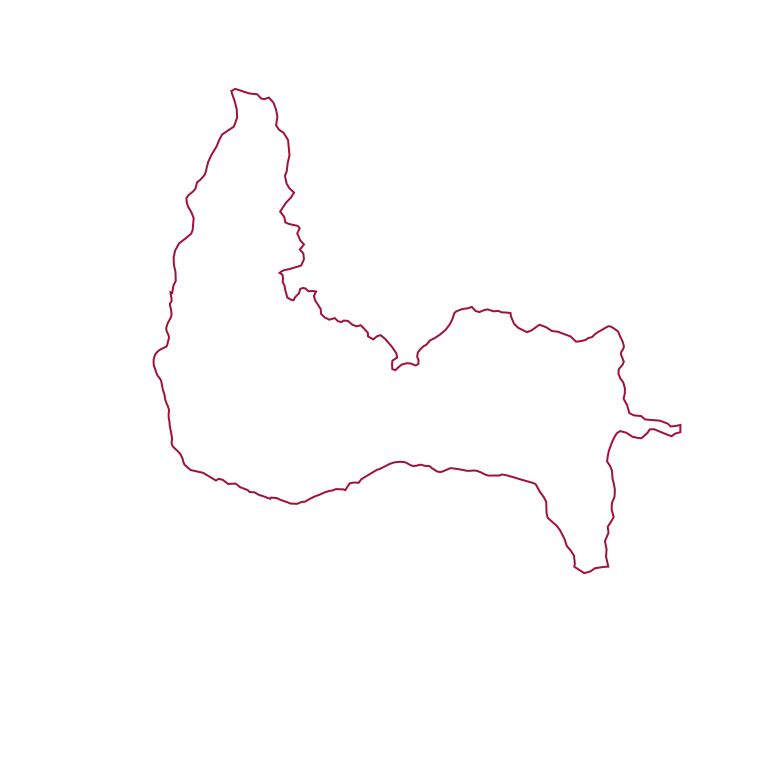 Laukkaing, Shan, Myanmar (Robinson projection), rotated 303°
{"feature_id": "60261553B25476839208576", "entity_name": "Laukkaing", "entity_type": "district", "adm_level": 2, "iso_a3": "MMR", "parent_name": "Myanmar", "parent_adm1": "Shan", "projection": "robinson", "projection_center": [98.649, 23.808], "detail": "fine", "context": "isolated", "style": "outline", "palette": "rose", "viewbox_px": 768, "rotation_deg": 303, "n_neighbors": 0, "source": "geoboundaries", "source_scale": "gbopen_adm2", "svg_char_len": 5851}
<svg xmlns="http://www.w3.org/2000/svg" viewBox="0 0 768 768"><g transform="rotate(303 384 384)"><path d="M340.1,477.7L341.4,479.9L346.5,483.5L349.2,485.3L349.7,485.8L350.0,486.2L353.1,492.6L354.4,495.9L356.3,500.7L357.8,503.1L360.5,506.6L361.9,509.6L362.5,512.7L362.7,513.3L363.0,517.1L363.6,520.1L364.4,522.0L367.2,526.2L369.3,529.4L370.0,530.5L370.6,531.0L371.7,531.7L372.5,532.5L373.6,535.2L374.3,536.9L376.3,543.4L378.4,550.6L380.8,558.4L381.7,561.4L382.2,563.3L382.5,564.7L382.5,566.0L378.6,573.2L376.4,579.0L373.6,584.2L368.9,587.4L364.7,590.3L361.1,593.9L360.2,598.7L359.1,606.5L356.9,611.9L352.2,620.0L347.7,625.5L346.0,631.3L343.5,636.8L337.7,641.6L334.4,643.2L334.4,650.3L334.4,654.9L339.1,659.1L344.4,661.3L350.2,667.8L353.0,671.6L360.2,664.2L366.6,660.7L372.5,654.9L381.6,653.3L386.1,649.4L392.5,649.4L397.5,649.1L402.8,643.2L408.3,640.0L415.0,638.7L421.1,635.2L425.9,630.7L429.2,627.1L435.3,622.6L438.1,618.7L440.6,613.2L445.3,611.0L450.3,609.0L454.7,608.0L460.1,606.8L465.9,606.1L469.5,606.1L473.1,607.7L475.1,613.6L475.1,621.3L477.3,626.8L478.7,629.4L486.5,631.6L490.7,631.6L493.2,635.2L494.0,639.7L495.1,645.5L495.7,648.8L496.8,653.6L501.0,655.2L505.0,658.8L511.1,654.9L507.8,651.6L504.5,647.6L505.3,643.6L503.5,635.3L499.4,627.8L496.4,622.1L497.2,617.2L493.8,610.7L493.2,605.6L498.8,599.2L502.2,592.9L506.8,591.3L511.6,588.4L515.6,583.8L517.3,579.3L520.4,575.0L523.5,573.2L525.1,572.9L530.1,573.6L533.4,572.9L534.9,570.7L538.0,566.4L540.3,565.5L543.5,565.6L546.2,564.8L549.5,561.1L553.3,554.9L555.5,551.8L555.8,546.7L555.7,542.9L554.7,540.8L551.6,539.0L547.5,537.0L545.4,535.8L540.9,533.8L536.8,533.0L533.5,530.1L531.0,529.2L527.9,526.5L524.1,522.1L525.5,514.6L523.9,507.6L522.6,501.5L519.9,496.0L519.9,489.0L518.4,482.2L515.8,481.0L509.6,478.7L505.4,475.8L504.2,465.8L505.4,460.2L509.8,453.7L512.4,451.5L510.8,448.1L508.1,443.5L507.6,440.1L504.7,436.4L502.9,430.1L499.8,427.2L496.3,424.9L495.1,421.1L496.5,415.6L493.8,413.7L489.1,408.5L484.2,405.0L481.5,404.4L476.5,405.9L470.1,406.7L463.0,406.2L456.0,404.1L450.5,401.7L445.4,398.8L440.1,398.2L437.0,396.5L433.4,395.6L429.0,395.2L425.1,396.8L422.9,399.9L419.6,401.9L416.8,400.5L415.7,395.2L414.2,392.2L410.0,388.3L405.6,386.9L401.7,386.0L401.1,382.8L405.4,379.7L408.2,378.4L413.3,380.6L416.4,377.7L419.6,370.2L422.5,360.3L423.1,354.5L420.5,352.3L415.6,350.7L415.2,344.7L418.2,342.5L419.8,336.3L420.6,332.5L417.4,329.6L416.5,325.1L417.3,319.5L415.3,315.7L412.8,314.5L411.6,311.5L412.4,306.8L408.2,303.1L407.5,298.0L408.6,292.9L412.3,290.2L414.5,285.5L416.5,280.9L419.6,277.3L423.0,276.9L424.6,276.7L423.4,273.9L420.7,270.2L421.3,265.9L420.3,263.6L418.0,262.0L413.7,263.3L408.4,262.2L404.9,262.5L404.0,259.8L403.9,255.7L404.5,255.1L407.4,251.8L409.0,250.0L412.5,246.8L414.3,243.5L417.7,241.7L420.4,239.3L420.3,235.9L422.1,236.5L424.7,237.9L428.9,242.1L434.0,246.5L438.3,250.0L445.1,248.9L449.6,245.2L451.0,240.2L457.4,240.9L458.7,235.8L463.1,229.2L468.8,228.4L469.6,225.6L466.4,217.0L465.8,213.2L469.8,209.4L472.0,203.0L482.9,203.1L489.8,204.4L495.5,204.3L496.7,198.0L498.9,193.3L504.6,187.6L509.3,186.6L516.8,182.9L524.3,180.2L536.3,170.7L539.8,163.5L540.0,162.9L540.0,157.6L542.2,152.6L550.3,148.9L555.4,143.9L559.8,138.0L561.5,131.4L557.8,128.5L556.5,125.6L557.9,119.8L554.3,112.8L550.5,98.5L546.5,96.4L543.9,99.5L540.1,104.5L534.2,110.8L527.6,115.7L522.5,116.9L518.1,117.9L512.1,115.3L505.0,112.3L499.0,112.9L492.0,114.2L482.2,114.5L474.9,115.5L469.7,117.2L465.4,118.8L461.7,119.7L458.1,119.2L454.6,118.6L451.4,117.4L448.3,118.4L444.9,119.5L441.4,119.0L435.9,117.2L432.2,117.1L429.5,119.1L426.2,122.8L423.0,129.1L419.6,133.9L415.2,136.3L408.8,139.7L405.0,140.4L399.2,138.7L390.2,135.5L385.7,135.9L381.9,136.2L375.5,138.7L369.5,142.9L364.4,148.1L357.0,153.2L351.9,153.8L344.9,156.8L344.7,155.0L343.7,155.7L341.6,157.7L339.5,159.6L338.2,160.5L337.0,160.8L335.3,160.7L334.4,160.9L333.0,162.1L332.0,163.2L329.8,165.4L327.9,167.0L325.9,168.3L324.6,168.8L322.9,169.1L320.9,169.2L320.4,169.3L318.4,169.4L316.3,169.7L314.7,170.1L312.4,170.9L311.3,171.5L309.6,173.5L307.9,176.2L306.7,177.7L305.5,178.5L302.8,179.5L300.6,180.2L298.7,180.9L297.5,181.1L296.1,180.7L294.1,179.4L291.8,178.0L289.9,177.1L288.6,176.7L286.5,176.2L283.9,176.1L281.8,176.6L278.9,177.6L277.3,178.6L276.1,179.3L273.8,181.3L272.5,183.2L271.3,184.6L269.2,187.2L267.7,189.5L267.2,191.1L266.3,193.6L265.3,195.3L262.0,198.6L260.4,200.1L258.8,201.6L255.7,205.5L253.3,207.6L251.4,209.5L250.8,210.3L249.5,211.9L247.7,214.8L245.9,217.0L244.9,218.0L243.4,218.7L240.2,220.6L239.5,221.1L237.4,222.7L235.9,224.3L235.6,224.5L235.4,224.8L233.7,225.9L232.0,227.3L230.2,229.0L228.1,231.2L226.0,233.1L224.0,234.9L222.7,236.0L221.0,236.9L219.7,237.5L218.3,238.5L217.2,239.7L216.5,241.2L216.5,241.4L215.7,245.1L215.5,247.0L214.2,251.7L213.1,253.5L211.6,255.8L210.3,257.1L209.4,258.2L208.5,259.3L207.6,260.9L207.4,262.5L206.5,268.6L211.0,280.7L211.5,295.6L214.4,297.0L214.7,297.8L215.8,300.8L215.3,307.7L219.7,313.9L219.1,319.4L220.8,327.5L220.2,330.1L222.6,334.3L222.7,335.7L222.8,338.4L222.9,339.2L223.1,340.8L223.4,341.4L223.7,342.0L225.7,351.0L227.2,351.2L227.2,351.3L227.5,351.8L229.0,354.4L230.0,356.5L230.3,359.6L232.4,368.2L232.7,370.4L233.4,371.8L233.6,372.0L236.2,376.4L240.4,379.3L242.0,381.6L243.2,382.3L245.6,383.5L248.6,385.1L252.2,387.3L252.4,387.5L256.0,390.2L261.1,393.5L261.4,393.7L264.5,396.3L267.0,399.1L267.9,399.7L269.3,400.6L270.2,401.7L271.3,403.7L272.5,405.8L273.3,406.7L273.9,409.4L277.8,409.3L281.9,409.3L284.9,412.3L287.4,416.6L291.7,416.8L308.6,425.0L309.6,426.1L312.6,428.0L315.5,429.7L319.0,431.7L319.6,432.0L322.8,434.4L324.8,436.4L327.7,440.1L329.7,443.9L330.2,446.4L330.2,447.9L330.3,449.4L330.6,451.6L331.1,453.1L333.1,455.7L335.3,457.6L336.5,459.0L337.4,462.2L338.3,464.2L339.6,465.9L339.9,467.2L339.5,470.2L339.6,474.4L339.5,475.8L340.1,477.7Z" fill="none" stroke="#9f1239" stroke-width="2"/></g></svg>